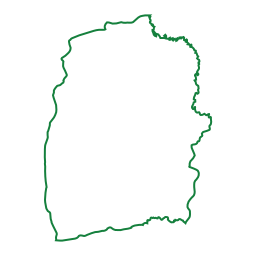 outline of Romeas Haek, Svay Rieng, Cambodia
{"feature_id": "14789045B82732978056422", "entity_name": "Romeas Haek", "entity_type": "district", "adm_level": 2, "iso_a3": "KHM", "parent_name": "Cambodia", "parent_adm1": "Svay Rieng", "projection": "albers", "projection_center": [105.801, 11.431], "detail": "fine", "context": "isolated", "style": "outline", "palette": "green", "viewbox_px": 256, "rotation_deg": 0, "n_neighbors": 0, "source": "geoboundaries", "source_scale": "gbopen_adm2", "svg_char_len": 5769}
<svg xmlns="http://www.w3.org/2000/svg" viewBox="0 0 256 256"><path d="M47.6,132.1L47.6,135.1L47.8,137.2L47.5,138.6L45.4,144.5L45.1,145.9L44.9,148.9L44.8,157.3L45.1,162.2L44.9,163.7L45.2,166.5L45.1,171.0L45.3,176.4L45.7,181.2L46.6,187.2L46.2,188.2L45.5,192.7L45.0,199.8L45.2,202.3L46.1,207.3L46.4,208.6L47.8,211.0L49.7,212.3L50.2,213.2L50.7,218.9L51.5,221.6L51.6,222.6L53.1,225.9L56.5,232.7L56.7,233.3L56.8,234.2L56.1,236.8L56.0,237.6L56.2,239.8L56.0,240.3L60.1,240.6L62.2,240.6L75.1,238.6L76.8,238.0L78.1,237.0L78.9,235.9L80.2,235.4L81.8,235.5L84.1,236.0L85.5,235.7L87.1,234.9L91.5,233.2L95.1,232.1L98.3,231.8L102.1,230.9L103.4,230.9L104.8,230.6L106.4,229.8L107.0,229.3L107.4,228.5L109.3,227.5L110.1,227.4L110.8,227.5L113.4,229.3L115.4,230.0L120.5,230.1L123.8,229.3L127.9,228.7L131.0,227.9L131.4,227.6L131.5,226.9L133.4,226.0L134.9,225.5L139.0,224.9L142.1,224.8L142.9,225.0L143.1,224.1L144.6,223.1L145.9,222.9L147.3,223.3L147.3,220.5L147.6,220.1L148.5,220.1L148.7,220.4L149.9,220.0L150.2,219.7L150.7,218.0L151.0,217.7L151.7,217.6L152.6,218.0L153.5,217.6L153.8,217.9L154.8,218.1L155.7,217.8L157.1,218.4L157.6,218.4L158.3,217.3L158.8,217.2L159.9,218.0L161.2,219.6L161.6,219.8L162.0,219.7L162.5,219.4L163.4,218.3L164.2,218.0L165.0,217.2L165.5,217.0L167.1,217.1L167.8,217.5L168.1,218.4L167.9,219.6L168.8,220.6L170.2,221.7L171.3,222.3L171.7,222.3L172.3,222.2L173.1,222.3L174.0,221.8L174.0,220.8L174.8,220.9L174.9,220.2L175.2,219.8L176.1,220.2L177.3,220.3L178.1,220.1L179.0,219.2L179.4,219.1L180.3,219.2L182.1,220.3L183.0,220.6L183.2,221.2L183.7,221.8L184.3,222.1L185.5,223.2L186.0,221.9L189.3,217.6L189.7,216.7L189.9,215.5L190.0,214.1L189.9,211.1L189.5,210.1L188.3,208.6L187.6,207.4L187.5,206.6L187.6,204.5L188.6,201.6L190.4,199.1L192.0,197.3L192.9,196.5L193.9,195.3L194.5,193.6L194.7,191.8L194.2,187.0L194.2,184.3L194.4,182.4L195.2,180.7L196.3,179.6L198.0,177.2L198.7,175.3L198.8,173.1L198.5,172.1L197.8,170.7L196.5,169.8L193.9,168.6L190.5,167.3L189.5,167.0L189.3,166.4L189.6,165.9L189.7,165.3L189.6,164.0L189.9,162.7L190.4,161.3L193.1,158.3L194.7,155.5L194.3,154.0L191.8,148.1L191.6,147.0L191.6,145.3L192.2,144.9L192.9,144.6L195.1,144.3L196.2,143.9L197.0,143.2L197.5,141.8L198.0,141.3L198.8,141.3L199.2,141.0L199.5,140.4L199.8,138.4L200.1,137.5L202.0,136.1L202.3,135.6L201.9,133.6L202.8,132.3L203.5,131.9L207.1,130.8L209.5,129.8L209.8,129.2L209.8,128.3L209.5,127.2L209.4,126.1L209.9,125.3L210.6,124.6L210.9,123.8L211.2,121.8L210.9,119.1L210.9,117.4L210.6,117.0L209.3,117.5L208.9,117.4L208.7,116.9L208.6,115.8L209.1,114.5L209.0,114.1L208.3,114.2L206.7,115.1L206.1,115.1L204.4,113.8L202.5,114.8L201.0,115.0L200.5,114.9L199.9,114.1L199.6,112.9L199.2,112.3L198.6,112.3L197.3,112.6L196.8,112.5L196.1,112.0L195.7,111.6L195.4,110.8L194.9,108.8L195.1,107.6L195.0,107.1L194.4,107.2L194.0,108.8L193.4,109.1L192.9,109.0L192.2,108.0L192.0,107.3L192.1,106.4L193.3,104.1L193.7,102.4L195.3,101.7L195.2,99.9L193.8,99.4L193.8,98.8L194.1,97.2L195.1,95.0L195.6,93.2L196.4,92.9L197.5,93.7L198.3,93.2L198.6,92.3L198.1,90.2L198.1,89.5L198.6,88.6L198.3,86.1L198.1,85.7L197.6,85.5L196.5,84.6L196.0,83.8L195.6,81.7L195.1,81.2L194.6,80.4L196.1,79.7L195.8,77.0L195.0,75.7L195.0,75.1L195.6,74.2L196.4,73.9L197.0,74.3L197.2,75.0L197.7,75.2L198.3,74.5L198.3,74.0L197.5,72.9L197.1,72.8L196.9,72.2L197.4,71.4L197.6,70.8L198.7,69.3L199.0,68.3L199.0,67.3L198.5,65.6L198.5,65.1L199.2,64.1L199.1,63.7L198.4,63.0L198.6,62.3L199.1,62.1L199.4,61.5L199.3,60.4L199.0,59.8L198.0,59.3L197.1,58.4L198.2,56.4L197.4,55.7L196.6,53.3L196.2,53.0L195.3,52.8L195.8,51.7L195.9,50.9L195.5,50.5L194.5,50.4L194.0,49.6L193.8,48.7L192.1,47.1L190.3,46.9L190.2,46.1L191.1,46.1L191.5,45.1L191.3,44.7L190.6,44.9L188.2,44.4L188.6,44.1L188.7,43.7L187.7,42.8L185.8,41.7L186.1,41.2L187.0,40.9L187.0,39.9L186.6,39.5L186.0,40.0L185.1,39.9L184.9,40.3L184.1,40.1L184.0,39.0L184.1,37.7L183.5,37.0L183.1,37.1L181.5,38.2L181.0,37.3L180.2,37.4L180.5,37.8L180.5,38.3L179.7,38.5L177.6,38.1L177.2,38.4L177.4,38.7L176.9,39.1L177.0,39.7L177.5,39.8L177.0,40.5L176.3,40.8L176.3,40.1L175.7,39.7L175.2,39.7L174.9,38.8L174.2,39.0L173.1,40.5L172.5,40.1L172.6,38.2L171.9,38.4L171.0,38.9L169.9,39.9L169.5,39.8L169.9,38.4L169.9,37.8L169.4,38.0L168.5,38.9L165.9,38.5L165.0,38.2L165.3,37.6L165.8,38.1L166.1,37.7L166.1,35.8L165.3,34.8L164.2,35.8L164.7,36.2L164.9,36.9L164.4,37.6L163.9,37.9L163.5,38.0L160.4,38.0L159.7,36.3L159.0,35.5L158.4,34.5L158.0,34.3L156.5,33.9L156.5,34.4L155.9,34.6L155.5,35.2L156.1,35.5L156.3,35.8L156.2,36.3L154.8,35.8L153.8,34.7L153.6,34.0L154.2,34.4L154.6,34.1L154.7,33.4L155.0,32.8L154.0,31.6L153.5,31.4L152.8,31.8L152.5,31.1L152.5,30.0L153.5,30.1L153.8,29.2L153.9,27.7L154.4,26.8L153.8,26.6L153.3,26.0L153.0,24.9L152.6,24.4L152.1,24.4L152.0,25.2L151.6,24.8L151.4,23.9L150.2,23.0L149.9,22.4L150.0,21.7L150.4,21.5L150.6,21.0L150.6,20.1L150.1,19.6L149.8,18.6L149.8,18.2L149.5,17.8L150.1,17.3L150.3,16.7L149.3,16.6L149.0,16.2L149.0,15.8L149.5,15.4L145.1,15.4L142.6,15.8L140.4,16.3L138.3,17.5L133.1,22.1L131.7,22.6L129.7,22.7L127.4,22.6L125.3,22.8L123.3,22.7L121.2,22.2L116.5,23.4L112.6,23.6L108.9,22.5L107.0,22.4L105.5,24.2L104.8,25.9L104.7,27.2L105.4,29.3L104.6,29.7L103.2,29.8L99.0,29.8L96.3,30.2L93.9,30.8L79.3,35.3L72.1,38.2L71.1,38.8L70.3,39.9L69.5,40.3L69.1,40.8L69.0,41.7L69.5,44.5L70.6,47.7L70.5,49.0L70.1,50.5L69.2,52.0L68.0,53.3L65.4,55.7L61.9,58.0L61.5,58.9L61.9,59.8L62.9,60.7L63.4,61.5L63.2,62.9L63.1,66.2L63.6,67.8L65.1,70.8L66.6,74.3L66.8,75.0L66.7,75.6L66.2,76.4L64.5,78.3L63.9,79.3L63.4,80.5L63.7,81.0L63.6,81.6L63.3,82.6L62.2,83.3L60.4,84.9L59.8,85.2L58.1,85.6L57.2,85.9L55.7,87.6L54.4,89.5L53.9,90.6L53.9,92.6L53.0,95.2L53.6,97.6L56.1,105.1L56.4,109.7L56.2,112.2L55.2,115.0L54.1,117.2L53.5,118.1L50.1,122.5L49.9,123.1L49.8,125.4L49.4,126.9L48.2,130.9L47.6,132.1Z" fill="none" stroke="#15803d" stroke-width="2"/></svg>